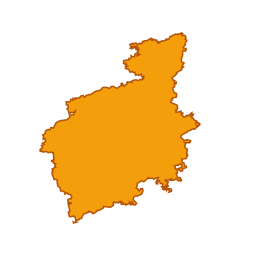 Naogaon, Rajshahi, Bangladesh (Equal Earth projection), rotated 246°
{"feature_id": "16705992B34203284467157", "entity_name": "Naogaon", "entity_type": "district", "adm_level": 2, "iso_a3": "BGD", "parent_name": "Bangladesh", "parent_adm1": "Rajshahi", "projection": "equal_earth", "projection_center": [88.84, 24.873], "detail": "fine", "context": "isolated", "style": "filled", "palette": "amber", "viewbox_px": 256, "rotation_deg": 246, "n_neighbors": 0, "source": "geoboundaries", "source_scale": "gbopen_adm2", "svg_char_len": 5814}
<svg xmlns="http://www.w3.org/2000/svg" viewBox="0 0 256 256"><g transform="rotate(246 128 128)"><path d="M171.9,131.7L172.8,129.4L171.9,128.2L172.0,126.7L173.9,124.9L175.3,121.2L173.8,118.4L174.7,112.9L173.7,106.8L174.6,105.7L174.6,102.7L173.8,101.8L174.3,100.5L175.8,100.4L176.2,99.3L176.4,97.5L175.5,96.8L176.1,93.5L175.7,92.5L176.1,91.6L176.8,91.9L176.8,90.1L177.3,89.9L175.7,89.1L177.5,87.7L175.8,86.0L175.7,85.1L177.1,82.2L174.2,81.1L173.2,82.6L171.0,81.8L170.3,80.0L169.5,80.7L164.7,80.0L165.4,82.2L164.4,85.0L165.1,87.0L163.8,85.9L163.8,84.5L162.2,83.7L163.1,81.1L162.9,79.5L161.6,79.4L160.3,75.6L162.3,68.9L162.1,64.5L158.3,59.9L159.8,57.7L158.0,56.1L158.9,54.9L159.1,53.0L158.7,51.2L156.6,50.4L156.3,47.2L155.4,47.6L152.1,46.0L152.2,47.7L149.4,47.5L148.8,44.9L149.2,43.0L148.5,44.2L147.1,44.6L147.3,41.8L144.6,41.8L144.2,39.2L143.1,38.3L142.6,38.4L142.8,39.2L141.9,39.1L141.7,40.3L140.5,40.6L139.8,43.9L138.0,44.9L137.1,48.7L135.7,49.0L135.7,49.7L129.3,47.4L129.2,44.8L128.5,44.7L128.0,46.4L126.4,45.5L124.4,48.0L124.8,46.5L123.8,46.5L123.2,45.5L121.6,46.0L121.4,42.0L119.8,42.3L119.6,41.3L118.4,41.5L117.8,40.1L116.4,39.9L110.9,39.6L110.6,41.1L108.9,42.4L107.7,41.3L103.6,40.3L101.3,41.5L97.8,40.9L97.2,42.3L94.8,44.4L93.4,43.4L93.5,45.9L91.5,46.7L91.2,48.1L88.3,48.7L86.5,47.5L87.3,46.0L86.9,43.9L85.0,43.2L83.8,43.6L82.9,45.4L82.2,45.1L82.0,43.4L83.0,42.5L75.7,41.1L75.4,39.2L70.7,38.5L69.6,42.0L70.0,42.6L68.3,43.3L64.6,43.0L63.9,41.8L63.2,42.4L63.6,41.3L63.5,39.9L64.1,39.7L63.5,39.5L62.9,42.0L63.3,42.6L63.8,42.0L64.4,43.3L64.2,46.1L64.9,47.2L64.2,48.5L67.5,52.3L67.1,55.8L67.7,58.1L67.1,58.0L67.2,59.2L65.2,60.9L64.0,61.0L64.1,64.3L65.1,66.2L64.5,68.2L65.0,73.0L66.2,73.7L62.7,79.9L63.3,83.3L65.1,83.6L66.2,84.9L64.9,85.7L64.8,87.4L63.5,88.7L63.9,90.1L63.1,90.5L64.1,91.1L63.2,91.5L62.8,90.9L63.1,92.2L62.5,92.7L63.0,92.9L61.3,92.6L61.2,91.3L60.8,90.3L60.8,92.9L60.1,93.0L59.9,94.7L58.3,94.9L58.7,95.9L58.1,98.5L59.5,99.0L58.2,99.3L59.0,99.8L59.1,101.5L58.0,101.6L56.8,100.0L56.9,102.0L55.6,101.7L54.8,103.5L55.7,105.3L60.3,103.6L62.5,104.9L63.0,106.6L62.0,109.1L62.1,113.4L63.8,115.6L65.9,116.7L67.1,116.3L67.4,114.8L66.4,114.4L66.0,112.6L67.6,112.6L69.8,110.9L71.3,112.8L73.6,113.9L74.3,119.1L72.7,120.1L72.5,121.3L74.4,126.1L73.6,126.2L72.0,130.2L70.7,130.7L71.0,133.9L70.4,135.6L67.5,131.7L65.6,131.1L64.9,132.6L65.6,132.5L67.5,134.6L67.1,135.2L64.1,135.0L62.9,137.0L61.0,136.2L60.7,134.7L58.8,136.0L58.2,134.7L56.9,135.6L57.1,137.3L55.1,137.8L56.3,138.8L55.9,139.7L53.5,140.2L52.8,139.3L52.5,142.0L54.5,142.7L57.3,138.9L58.5,139.0L59.2,137.5L58.0,137.4L58.5,136.9L59.7,137.0L60.0,139.2L58.4,139.3L58.7,141.3L60.8,140.7L61.9,142.7L62.6,142.7L63.3,141.3L65.1,140.6L65.4,141.4L64.3,143.0L63.8,146.7L63.0,145.5L61.7,149.0L61.9,151.5L59.3,152.3L59.5,154.0L58.2,154.3L58.2,155.5L61.2,155.6L62.5,153.3L66.1,153.3L67.0,153.7L66.7,154.8L69.3,155.8L69.1,156.5L70.1,157.2L71.5,154.4L73.2,155.2L74.4,154.8L74.2,157.5L73.4,158.8L74.4,161.7L73.6,160.9L72.5,162.1L70.5,161.2L70.4,158.0L67.2,158.3L66.7,160.5L68.6,161.2L68.1,165.3L69.5,165.6L70.6,164.3L73.3,164.9L74.2,163.4L77.6,164.6L76.5,168.8L78.1,170.5L79.1,170.4L79.1,171.6L80.8,171.3L84.6,173.6L86.0,172.4L88.7,172.4L90.4,174.7L91.5,174.0L89.4,178.5L90.8,180.0L93.3,177.4L93.8,174.1L98.2,172.5L99.1,173.2L99.9,174.9L100.2,180.3L100.9,181.5L100.5,183.9L101.0,186.6L99.8,188.3L100.9,191.7L102.2,191.5L101.2,192.8L102.0,193.4L101.5,194.4L102.2,195.3L104.1,194.5L104.8,191.8L106.2,193.7L108.9,191.4L110.8,191.5L111.4,190.3L113.1,191.4L113.4,190.7L113.1,192.6L113.9,193.4L114.4,191.9L116.0,192.6L115.3,190.0L113.8,189.6L115.4,187.7L115.6,185.9L114.7,185.2L115.1,183.7L118.7,182.2L118.7,183.9L119.3,184.2L120.5,182.6L121.8,183.3L122.3,179.6L123.2,178.1L124.8,179.0L124.3,179.6L126.0,181.5L128.7,182.2L134.2,177.3L135.8,178.9L135.6,180.1L137.3,180.4L136.6,184.8L138.8,186.1L140.3,186.1L141.0,184.6L145.3,184.7L146.4,185.2L147.0,187.6L148.8,188.0L149.1,190.2L150.1,190.6L150.0,188.8L150.8,188.7L152.2,190.1L153.6,188.6L156.1,188.7L156.8,192.4L157.9,194.8L158.5,194.4L158.9,195.3L159.4,200.7L160.7,201.3L161.1,203.5L162.3,202.3L164.6,205.7L166.0,204.2L168.5,204.1L172.3,207.5L175.8,209.1L176.1,210.4L174.8,211.6L175.8,213.0L177.1,213.3L178.0,211.4L179.3,211.2L180.7,214.4L182.1,214.7L184.2,217.4L185.8,216.3L186.8,217.7L189.5,217.7L190.6,214.7L191.4,215.0L191.9,216.4L193.2,215.5L192.8,214.0L193.6,211.7L193.1,211.2L194.4,210.0L194.5,206.4L194.0,205.2L194.5,203.6L192.6,201.5L193.6,199.4L192.8,199.2L193.4,198.3L192.9,197.9L193.2,195.0L193.9,194.5L193.1,190.3L193.6,189.7L194.5,190.9L195.7,189.3L196.6,189.9L198.0,187.7L197.8,185.9L198.3,186.9L198.5,185.8L199.2,186.7L200.6,185.6L199.9,184.5L200.5,184.2L200.1,181.1L201.0,178.0L200.4,177.6L201.2,176.3L199.8,175.6L199.7,173.9L200.7,173.3L199.8,172.5L200.4,172.7L200.6,170.7L202.4,169.9L202.5,166.8L203.4,167.0L203.5,163.6L201.9,163.7L200.7,165.1L200.1,162.5L198.8,163.5L199.4,164.0L199.3,165.0L198.1,165.8L198.8,165.5L199.0,167.7L199.8,166.8L199.5,170.0L199.1,168.1L196.6,167.2L195.7,168.0L197.1,168.2L197.6,169.9L196.6,170.0L196.2,169.1L195.0,169.7L193.4,166.9L190.3,168.8L190.3,165.8L191.2,166.6L192.9,164.7L190.4,163.0L191.5,161.0L192.8,160.2L191.4,159.8L190.6,158.2L191.1,157.1L190.0,156.6L191.3,151.4L189.0,150.2L188.0,150.9L188.0,152.1L187.4,151.3L186.3,152.3L185.6,150.9L184.7,152.4L184.5,151.0L183.5,149.8L181.3,152.4L178.0,152.6L178.0,154.9L176.7,155.2L176.1,156.9L173.3,156.2L172.4,159.2L171.7,159.3L171.9,162.2L169.9,161.3L168.9,161.8L168.9,163.5L166.7,162.3L166.5,161.4L167.5,161.8L166.6,159.7L167.3,159.0L167.2,156.8L168.9,154.6L169.5,151.6L168.1,150.1L169.2,150.0L169.4,146.6L170.3,146.5L170.1,145.6L168.6,144.9L167.9,141.2L169.4,141.1L169.4,140.3L170.3,141.2L171.5,140.6L171.4,139.7L169.7,139.6L168.8,134.5L169.4,133.2L171.9,131.7Z" fill="#f59e0b" stroke="#b45309" stroke-width="1.5"/></g></svg>